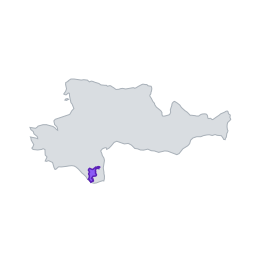 Changdo, Kangwŏn-do, North Korea shown in context, rotated 46°
{"feature_id": "82179303B43918374415643", "entity_name": "Changdo", "entity_type": "district", "adm_level": 2, "iso_a3": "PRK", "parent_name": "North Korea", "parent_adm1": "Kangwŏn-do", "projection": "equal_earth", "projection_center": [127.856, 38.569], "detail": "fine", "context": "in_parent", "style": "filled", "palette": "violet", "viewbox_px": 256, "rotation_deg": 46, "n_neighbors": 0, "source": "geoboundaries", "source_scale": "gbopen_adm2", "svg_char_len": 4477}
<svg xmlns="http://www.w3.org/2000/svg" viewBox="0 0 256 256"><g transform="rotate(46 128 128)"><path d="M149.3,182.2L148.4,182.7L147.0,185.4L145.6,188.8L144.3,190.7L142.8,191.7L141.1,192.3L137.9,192.6L134.9,192.4L134.0,192.0L129.9,192.2L128.8,192.4L123.0,192.2L120.0,192.5L118.0,193.1L116.1,194.5L114.4,196.6L112.9,198.8L109.8,202.9L107.7,204.9L107.6,207.8L107.6,208.7L106.8,209.3L106.6,209.0L105.3,208.8L100.4,206.2L96.3,207.8L95.3,209.9L94.2,210.5L92.6,206.4L89.9,206.3L85.8,202.7L83.9,203.4L83.5,204.9L81.1,208.2L77.9,210.9L76.8,211.3L75.6,211.1L75.8,210.4L74.5,207.3L69.4,206.0L67.6,204.7L66.7,204.4L71.7,201.0L73.0,200.4L72.1,199.6L71.0,199.2L66.9,199.7L64.8,198.6L61.7,199.0L59.5,198.1L64.0,194.7L64.3,192.8L64.2,191.3L66.6,186.8L68.9,184.4L74.8,180.9L77.4,180.4L79.2,180.5L80.8,180.2L79.2,178.9L77.6,178.3L74.6,178.4L71.4,176.4L71.2,174.3L77.5,161.0L77.6,159.8L76.6,156.6L76.4,153.4L72.0,151.6L70.1,151.4L64.5,147.9L62.3,146.1L61.4,146.6L61.2,149.4L60.4,150.1L58.9,150.6L58.3,147.4L57.1,145.0L53.4,142.7L52.1,141.3L52.8,138.5L52.5,138.3L53.1,135.1L55.4,132.7L61.1,128.3L62.5,126.3L65.4,123.9L66.7,123.9L68.0,123.7L68.4,122.7L68.7,121.9L69.8,121.1L72.6,119.8L75.7,118.0L78.1,117.6L81.2,115.0L82.4,113.8L83.7,113.8L84.0,113.3L84.7,111.9L85.7,111.1L87.0,110.9L89.2,110.3L91.9,109.9L93.8,107.7L94.5,106.1L95.7,104.4L98.3,102.6L100.2,99.8L102.2,96.8L103.1,95.8L104.0,95.7L104.6,94.5L105.3,91.4L106.2,88.3L106.8,86.8L109.0,85.2L109.6,84.5L110.1,84.2L111.2,84.4L112.6,83.5L114.0,82.4L115.2,82.8L116.4,83.7L117.7,85.4L118.3,86.7L119.3,87.9L119.5,89.5L120.5,90.2L122.7,90.6L126.3,91.7L128.6,91.8L129.9,92.6L132.7,93.1L138.2,92.4L140.4,92.8L141.4,93.8L142.8,94.7L143.7,94.7L144.9,93.3L146.2,91.0L147.1,89.2L147.0,87.9L146.3,86.4L144.4,85.0L143.2,82.8L142.1,80.6L141.4,79.9L140.9,78.8L140.8,77.1L141.2,76.0L143.9,75.3L147.4,74.8L150.3,75.3L155.0,75.0L157.9,74.4L160.1,74.4L162.1,74.4L162.9,73.5L165.7,71.2L167.0,70.4L168.5,68.8L168.7,67.2L169.0,65.9L169.8,64.5L171.3,62.8L172.5,62.0L173.9,62.1L175.3,62.9L176.3,63.7L177.3,63.4L178.1,62.1L178.7,61.8L180.4,61.7L180.9,60.9L181.5,56.9L182.1,53.7L182.2,51.5L183.6,47.9L184.1,45.7L184.9,44.7L186.0,44.8L186.8,45.4L187.9,45.8L189.3,45.4L190.3,46.0L190.9,47.2L193.1,48.0L193.3,48.6L193.3,52.5L194.5,54.4L196.0,56.0L198.2,57.6L199.3,57.9L200.0,59.0L200.7,60.9L202.2,62.7L203.0,64.0L203.2,65.4L203.9,66.2L202.7,67.1L201.1,66.6L198.4,66.2L195.1,69.0L193.2,69.9L191.9,72.6L189.3,74.2L187.9,75.9L186.0,78.8L184.8,81.7L182.0,84.6L180.3,88.2L180.3,91.4L182.1,94.6L182.3,97.3L181.1,103.0L181.9,109.0L181.1,111.4L172.3,115.5L170.0,117.5L166.8,122.9L162.9,124.9L160.4,127.1L157.0,128.4L154.8,132.1L152.5,134.3L149.6,135.6L147.5,137.3L142.7,137.4L139.3,138.5L136.9,141.7L129.7,145.3L128.7,148.0L129.2,152.3L129.3,155.5L128.6,158.2L127.0,157.4L126.2,158.3L125.2,160.8L125.5,163.6L128.0,164.5L130.0,165.6L132.9,166.2L135.0,167.5L139.5,173.5L143.2,176.1L144.1,177.0L146.2,178.3L148.2,180.4L149.3,182.2ZM65.4,153.1L64.0,154.0L63.9,152.4L65.0,151.0L66.1,150.8L65.4,153.1Z" fill="#d9dde1" stroke="#a8b0b8" stroke-width="1"/><path d="M136.5,175.5L135.9,175.6L135.4,176.0L135.0,176.3L134.9,176.6L134.7,177.1L134.6,177.4L134.4,177.8L134.1,178.1L133.7,178.4L133.7,179.0L133.6,179.8L133.5,180.4L133.5,181.0L133.5,181.5L133.3,182.1L132.9,182.5L132.5,182.7L132.1,183.0L131.6,183.1L131.2,183.3L130.8,183.4L130.7,183.5L130.4,183.6L130.4,184.0L130.3,184.6L130.4,184.9L130.6,185.4L130.9,185.8L131.5,185.9L131.9,186.0L132.3,186.1L132.8,186.2L133.1,186.5L133.2,187.0L133.3,187.4L133.5,188.0L134.0,188.4L134.6,188.6L135.2,188.7L135.8,189.3L136.2,189.7L136.6,190.2L136.8,190.7L137.0,191.1L137.3,192.0L137.5,191.8L137.5,191.7L138.2,191.8L138.4,191.9L138.5,191.9L138.6,192.0L138.8,192.0L139.0,192.1L139.3,192.2L139.7,192.1L139.8,192.1L140.1,192.2L140.5,192.2L140.8,192.3L141.1,192.4L141.3,192.4L141.3,191.7L141.5,191.1L141.8,190.5L142.0,190.2L142.0,189.6L141.7,189.4L141.4,189.6L141.2,189.6L140.9,189.2L140.7,188.8L140.5,188.6L140.1,188.8L139.6,189.1L139.2,189.1L138.8,189.1L138.7,188.4L138.7,187.8L138.5,187.3L138.4,186.7L138.9,186.1L139.4,185.4L139.9,184.8L140.1,184.1L139.9,183.4L139.6,183.1L138.8,182.9L138.5,182.8L138.0,182.8L137.5,182.3L137.3,182.0L137.1,181.7L136.8,181.5L136.4,181.4L136.1,181.2L135.9,180.8L135.5,180.4L135.4,179.9L135.2,179.7L135.1,179.2L135.1,178.8L135.2,178.4L135.5,178.3L136.1,177.8L136.4,177.6L136.8,177.3L136.9,177.2L136.4,176.9L136.3,176.6L136.3,176.3L136.5,175.9L136.5,175.5Z" fill="#8b5cf6" stroke="#5b21b6" stroke-width="1.5"/></g></svg>